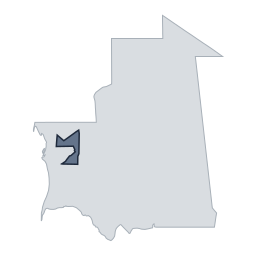 location of Akjoujt, Inchiri, Mauritania
{"feature_id": "47542326B26316239883363", "entity_name": "Akjoujt", "entity_type": "district", "adm_level": 2, "iso_a3": "MRT", "parent_name": "Mauritania", "parent_adm1": "Inchiri", "projection": "robinson", "projection_center": [-14.718, 19.947], "detail": "fine", "context": "in_parent", "style": "filled", "palette": "slate", "viewbox_px": 256, "rotation_deg": 0, "n_neighbors": 0, "source": "geoboundaries", "source_scale": "gbopen_adm2", "svg_char_len": 3460}
<svg xmlns="http://www.w3.org/2000/svg" viewBox="0 0 256 256"><path d="M108.2,239.5L107.8,239.4L106.1,238.1L105.3,236.5L104.0,235.4L102.2,234.6L101.0,233.7L100.4,232.7L99.8,232.1L99.1,231.7L99.0,231.4L99.2,230.9L99.0,230.0L97.9,227.9L96.9,227.0L96.1,227.1L95.6,226.9L95.3,226.5L95.2,225.8L94.6,225.2L93.6,225.0L92.8,223.5L92.2,220.7L91.4,218.6L90.4,217.0L89.7,216.5L89.2,216.4L89.0,216.1L88.8,215.7L88.1,215.5L87.0,216.0L86.1,215.8L85.6,215.1L84.9,215.0L84.1,215.6L83.2,215.4L82.2,214.5L81.6,213.5L81.5,212.5L79.8,210.6L76.4,207.7L72.7,206.3L68.8,206.5L66.6,206.4L66.1,205.9L65.6,205.9L65.1,206.5L64.6,206.6L64.0,206.3L63.7,206.5L63.5,207.3L62.1,207.6L59.5,207.6L57.3,208.1L55.7,209.0L53.4,209.4L50.4,209.3L48.6,208.9L48.0,208.4L47.1,208.3L46.0,208.6L45.0,210.0L44.1,212.6L43.4,214.1L42.8,214.4L42.2,216.4L41.9,219.6L41.3,221.0L41.4,212.9L42.2,209.9L42.5,207.3L44.3,201.5L46.5,196.7L48.6,190.3L49.3,184.2L49.1,178.2L48.5,172.8L47.5,169.3L46.5,164.1L45.1,161.4L42.4,159.1L41.8,157.7L42.4,157.2L44.1,156.8L45.1,155.0L42.9,155.7L45.5,150.1L46.2,146.2L46.1,143.7L46.6,142.2L44.7,138.8L43.2,134.5L42.4,133.9L41.6,133.5L41.6,134.5L41.1,135.4L40.2,134.9L38.6,131.8L36.3,126.7L35.5,126.2L34.8,126.9L34.4,127.6L33.6,131.8L33.4,130.1L33.7,128.1L34.3,125.7L34.9,122.4L36.9,122.4L40.5,122.4L47.6,122.3L51.2,122.3L58.3,122.3L61.9,122.3L69.0,122.3L72.6,122.3L79.7,122.3L83.3,122.3L90.4,122.3L94.0,122.3L96.3,122.3L96.2,119.9L96.1,118.0L95.9,115.5L95.7,112.9L95.6,110.4L95.4,108.0L95.3,105.6L95.2,103.4L95.0,101.4L94.8,100.2L94.1,97.9L93.9,96.8L94.1,95.6L94.6,94.4L96.0,92.3L98.1,90.7L100.5,88.9L102.4,87.5L103.3,87.1L106.2,86.6L108.4,85.6L110.7,84.5L111.6,84.0L111.7,82.0L111.5,38.5L122.4,38.5L125.2,38.5L145.3,38.5L148.2,38.5L162.8,38.5L162.8,36.5L162.7,33.6L162.7,29.5L162.6,25.5L162.5,18.4L162.5,15.4L165.4,17.3L171.2,21.3L174.1,23.3L180.0,27.3L185.8,31.3L191.7,35.2L194.6,37.2L197.5,39.2L200.5,41.2L203.4,43.2L209.3,47.1L211.8,48.8L215.6,51.5L219.1,54.0L222.6,56.5L217.2,56.5L210.0,56.5L205.1,56.5L200.0,56.5L195.3,56.5L195.8,60.6L196.3,65.1L196.8,69.5L197.3,74.0L197.8,78.5L199.3,91.9L199.8,96.4L200.3,100.8L200.8,105.3L201.3,109.8L202.3,118.7L202.8,123.2L203.3,127.6L203.8,132.1L204.3,136.6L204.8,141.0L205.8,150.0L206.3,154.4L206.8,158.9L207.3,163.4L207.8,167.8L208.3,172.3L208.8,176.8L209.3,181.2L210.3,190.2L210.8,194.6L211.3,199.1L211.8,203.6L212.3,207.9L214.2,210.2L216.6,213.0L215.9,217.1L215.2,221.9L214.4,227.2L207.8,227.2L201.4,227.2L185.4,227.2L182.2,227.2L166.2,227.2L163.0,227.2L156.8,227.2L155.0,227.0L154.3,226.6L154.1,223.9L153.5,224.1L152.9,224.9L152.6,225.7L152.7,226.9L152.6,227.8L150.6,228.2L147.8,228.9L144.9,229.4L141.9,229.2L140.9,229.0L139.8,228.6L137.5,228.2L136.2,228.2L134.7,228.3L133.0,228.5L132.4,229.0L131.1,231.0L129.9,233.4L129.1,233.4L128.1,232.1L125.6,229.6L122.5,226.4L121.1,224.8L120.3,224.6L118.8,225.8L117.6,226.9L116.3,228.4L115.7,229.9L115.2,231.7L115.0,233.7L114.6,236.2L113.5,238.1L112.2,239.6L111.3,240.3L110.9,240.6L108.2,239.5ZM44.0,151.5L43.0,153.3L42.6,152.6L42.4,151.4L43.3,149.8L43.7,149.0L44.5,148.6L44.0,151.5Z" fill="#d9dde1" stroke="#a8b0b8" stroke-width="1"/><path d="M61.7,163.9L62.0,164.0L73.1,164.2L77.7,164.3L77.8,156.4L78.9,153.7L79.0,146.6L79.2,133.5L78.7,130.1L75.8,132.0L74.5,133.0L63.8,140.7L57.2,135.1L56.6,142.1L56.3,146.5L73.3,146.2L74.8,149.6L74.4,150.6L75.2,151.8L74.0,152.9L71.0,155.5L70.7,155.6L69.5,156.0L66.7,159.6L65.5,161.4L61.7,163.9Z" fill="#64748b" stroke="#1e293b" stroke-width="1.5"/></svg>